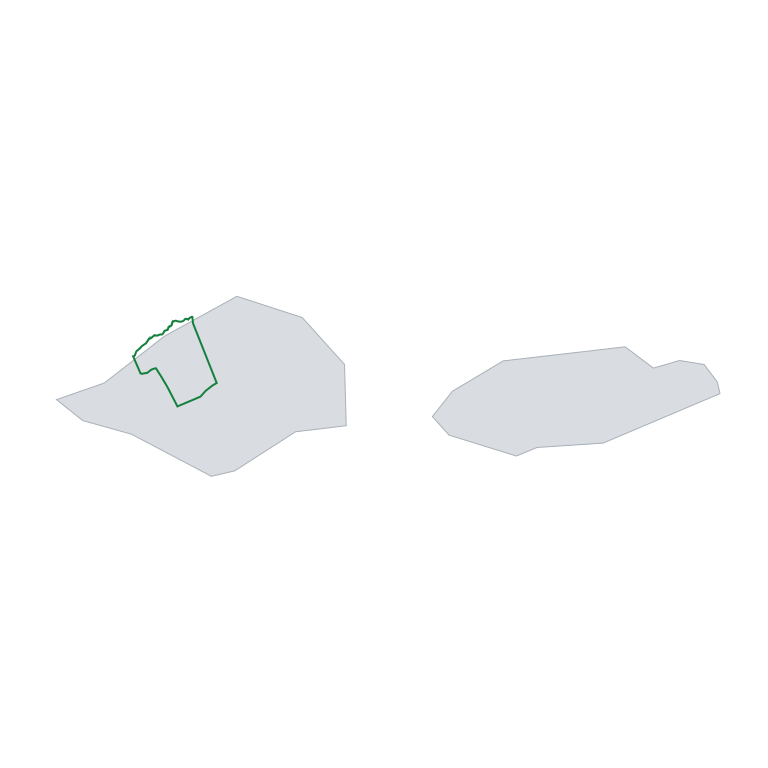 Gagaifomauga III, Gaga'ifomauga, Samoa (highlighted), rotated 337°
{"feature_id": "51752279B86884772728329", "entity_name": "Gagaifomauga III", "entity_type": "district", "adm_level": 2, "iso_a3": "WSM", "parent_name": "Samoa", "parent_adm1": "Gaga'ifomauga", "projection": "albers", "projection_center": [-172.519, -13.545], "detail": "medium", "context": "in_parent", "style": "outline", "palette": "green", "viewbox_px": 768, "rotation_deg": 337, "n_neighbors": 0, "source": "geoboundaries", "source_scale": "gbopen_adm2", "svg_char_len": 2243}
<svg xmlns="http://www.w3.org/2000/svg" viewBox="0 0 768 768"><g transform="rotate(337 384 384)"><path d="M282.8,245.8L334.7,290.9L355.3,350.6L332.9,407.6L283.9,393.4L212.7,405.6L189.0,401.5L131.9,331.5L92.4,300.0L76.4,270.4L126.9,273.8L200.5,254.2L282.8,245.8ZM689.5,524.1L562.6,524.0L500.0,502.2L477.7,502.0L424.0,456.6L415.8,432.9L444.1,417.4L502.8,409.3L620.5,444.0L638.2,474.6L665.3,477.9L686.3,491.2L691.6,512.6L689.5,524.1Z" fill="#d9dde1" stroke="#a8b0b8" stroke-width="1"/><path d="M233.8,247.4L233.5,247.1L230.9,247.2L229.4,248.0L229.4,247.8L229.1,247.8L229.1,247.6L228.9,247.5L227.7,247.3L227.2,246.6L226.8,246.4L226.0,246.5L225.4,246.9L224.4,247.4L223.6,247.5L221.7,247.4L220.6,247.0L219.8,246.3L219.0,246.1L217.7,245.0L217.6,244.8L216.9,244.3L215.0,244.0L214.9,244.2L214.7,244.1L214.4,244.1L214.3,243.9L214.1,244.1L213.6,244.2L213.5,244.4L213.3,244.4L213.0,245.1L212.7,245.2L212.3,246.0L212.2,246.0L211.8,246.5L211.7,246.4L211.3,247.0L210.4,247.3L209.3,247.4L209.2,247.2L209.1,247.3L209.0,247.2L208.2,247.3L207.9,247.6L207.7,247.6L207.4,247.8L207.0,248.8L206.4,249.3L206.1,249.2L206.0,249.4L205.7,249.3L205.5,249.5L205.3,249.3L204.3,249.5L203.7,249.3L203.2,249.3L202.9,249.5L202.7,249.4L202.5,249.7L201.9,249.9L201.7,250.2L201.4,250.3L201.0,250.8L200.1,251.4L199.2,251.6L198.6,251.6L197.3,250.9L196.6,250.9L196.2,250.8L195.0,251.0L193.8,250.7L193.6,250.5L193.1,250.4L192.2,249.6L192.0,249.8L191.6,249.5L191.4,249.7L190.7,249.7L190.2,249.9L188.0,250.6L187.1,250.6L187.0,250.4L186.9,250.6L186.7,250.5L186.2,250.7L185.7,250.6L185.2,250.8L185.1,250.7L185.0,250.9L184.9,250.9L184.5,251.1L184.2,251.2L184.1,251.5L183.3,251.8L182.8,252.4L181.7,252.7L181.4,253.3L180.3,253.7L178.2,254.0L177.2,254.3L176.3,254.4L174.7,255.0L174.1,255.5L173.3,255.6L173.3,255.8L173.0,255.9L172.7,256.0L172.4,256.0L171.9,256.3L171.2,256.4L170.6,256.7L169.9,256.7L169.5,257.0L169.1,257.1L168.2,257.7L166.1,260.1L164.9,260.7L163.9,260.5L164.0,278.9L164.3,279.0L164.6,279.7L165.4,280.1L166.1,280.2L167.1,280.5L167.5,280.5L168.4,280.8L169.5,280.9L170.2,281.3L175.4,279.9L178.3,280.0L180.2,280.4L181.8,289.9L183.4,301.6L185.1,323.9L210.1,323.9L217.2,320.6L225.3,318.4L230.4,317.7L231.9,253.5L233.8,247.4Z" fill="none" stroke="#15803d" stroke-width="2"/></g></svg>